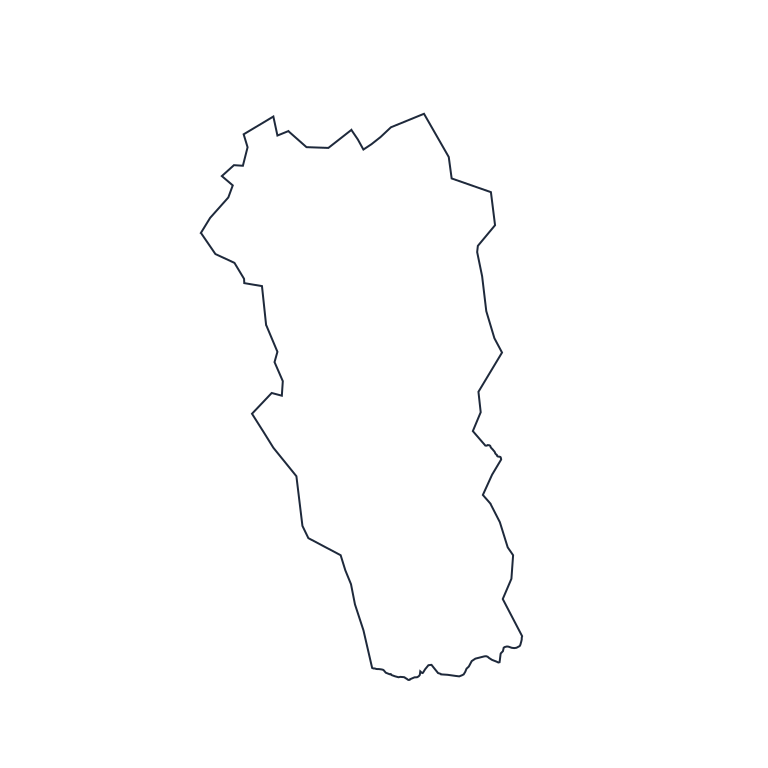 outline of Erdenebulgan, Hövsgöl, Mongolia, rotated 116°
{"feature_id": "93677404B61429445787704", "entity_name": "Erdenebulgan", "entity_type": "district", "adm_level": 2, "iso_a3": "MNG", "parent_name": "Mongolia", "parent_adm1": "Hövsgöl", "projection": "albers", "projection_center": [102.044, 50.219], "detail": "fine", "context": "isolated", "style": "outline", "palette": "slate", "viewbox_px": 768, "rotation_deg": 116, "n_neighbors": 0, "source": "geoboundaries", "source_scale": "gbopen_adm2", "svg_char_len": 2614}
<svg xmlns="http://www.w3.org/2000/svg" viewBox="0 0 768 768"><g transform="rotate(116 384 384)"><path d="M192.6,353.8L164.7,372.0L169.6,413.3L151.6,425.3L123.6,466.5L150.2,490.3L163.4,495.3L174.0,500.4L182.3,505.3L175.9,514.4L175.8,514.5L170.0,524.6L169.9,524.7L196.0,537.4L196.2,537.5L205.1,557.5L198.7,580.7L198.6,580.8L207.4,588.7L192.1,600.7L221.1,619.6L230.9,610.5L231.0,610.4L249.7,606.5L253.1,614.8L268.2,620.9L271.8,607.0L284.6,605.7L310.9,613.1L328.5,614.8L328.5,614.7L341.1,592.5L341.1,592.4L340.7,571.5L350.8,555.9L354.6,553.8L349.5,536.6L382.7,515.8L382.7,515.7L401.7,494.0L401.8,493.9L412.2,492.0L412.3,492.0L425.8,476.2L439.3,470.7L441.3,481.0L468.6,489.6L478.9,472.9L479.0,472.7L489.8,455.5L505.3,422.3L547.3,395.1L555.7,384.4L556.9,347.9L568.4,337.1L578.4,325.9L594.8,313.5L614.5,294.4L644.4,270.2L644.3,268.7L643.7,267.5L643.5,265.9L642.3,263.2L641.6,261.0L641.5,260.6L641.3,259.5L641.4,258.8L642.5,256.3L642.7,255.8L642.4,251.7L641.9,251.1L641.8,250.5L642.3,249.8L641.9,246.0L641.2,242.4L640.1,241.0L638.7,237.4L638.7,236.5L639.0,235.7L638.9,235.1L638.9,234.7L639.3,233.0L639.2,232.1L638.6,231.2L638.0,231.2L634.3,228.0L633.1,225.8L632.2,225.1L631.2,224.6L629.9,224.3L628.7,224.6L626.4,225.4L627.0,223.5L627.0,223.4L626.9,222.7L626.5,222.4L623.5,222.1L622.4,222.0L617.3,220.8L615.7,218.4L615.6,218.2L617.0,215.3L620.1,208.7L619.7,206.0L620.0,205.5L617.5,199.4L615.0,191.7L613.8,188.2L611.7,186.3L610.1,185.1L607.0,184.8L604.3,185.0L603.6,185.0L601.3,184.1L600.7,183.9L600.4,183.9L594.6,183.7L590.8,181.5L584.8,174.4L583.9,172.9L583.7,171.3L584.2,169.5L584.6,166.0L584.5,164.8L584.2,161.2L584.2,159.2L583.4,158.2L582.5,158.5L582.4,158.5L575.4,160.9L574.8,160.9L572.0,160.0L568.5,160.8L567.4,160.1L566.0,158.4L565.5,156.9L565.1,153.5L564.7,152.4L564.3,151.2L563.0,149.3L560.1,147.2L558.7,147.1L555.0,147.8L553.3,148.2L551.6,149.0L550.1,149.3L525.2,183.0L503.2,184.1L481.3,192.9L476.6,201.2L457.4,219.3L445.0,235.8L444.9,235.8L440.4,246.5L418.1,247.1L400.5,245.6L400.0,245.9L399.4,246.5L398.9,246.8L398.6,247.3L398.6,247.7L398.7,248.2L398.9,248.9L399.2,249.6L399.2,250.4L399.0,250.8L398.8,251.1L398.4,251.3L398.2,251.7L398.2,252.0L398.0,252.7L397.6,253.6L397.1,254.0L396.7,254.5L396.2,255.3L395.7,256.6L395.2,257.5L395.0,258.2L394.6,259.2L394.3,260.0L393.7,260.8L393.4,261.0L393.1,261.4L393.0,261.8L392.9,262.4L393.3,263.6L393.5,264.1L394.1,264.4L394.7,265.2L394.8,265.7L394.9,266.1L394.4,267.1L393.1,270.2L387.4,283.5L367.0,284.7L349.6,295.7L304.0,291.7L294.5,304.8L294.4,304.9L273.7,324.0L244.2,343.0L224.6,358.1L218.7,360.2L192.6,353.8Z" fill="none" stroke="#1e293b" stroke-width="2"/></g></svg>